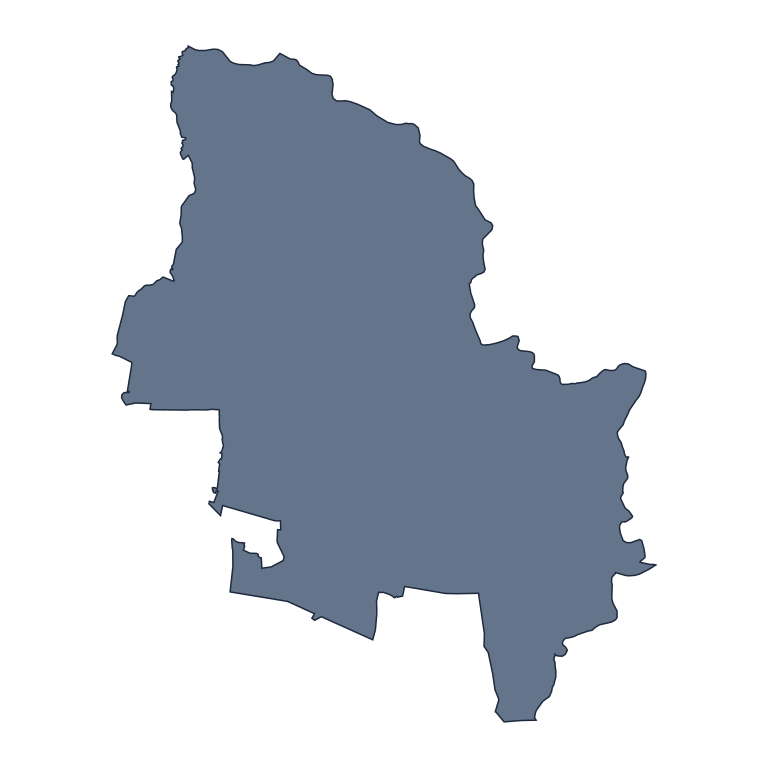 Tonalá, Jalisco, Mexico (orthographic projection)
{"feature_id": "50627088B51379954961865", "entity_name": "Tonalá", "entity_type": "district", "adm_level": 2, "iso_a3": "MEX", "parent_name": "Mexico", "parent_adm1": "Jalisco", "projection": "orthographic", "projection_center": [-103.228, 20.618], "detail": "fine", "context": "isolated", "style": "filled", "palette": "slate", "viewbox_px": 768, "rotation_deg": 0, "n_neighbors": 0, "source": "geoboundaries", "source_scale": "gbopen_adm2", "svg_char_len": 6062}
<svg xmlns="http://www.w3.org/2000/svg" viewBox="0 0 768 768"><path d="M128.7,295.7L125.4,301.5L122.6,315.1L117.3,335.3L117.1,338.1L117.4,342.8L116.8,345.0L112.2,353.8L116.0,355.5L119.0,356.1L131.6,362.3L131.8,364.2L127.3,391.7L129.1,391.5L129.2,392.2L128.6,392.6L126.2,392.4L124.0,392.7L122.1,394.5L121.7,395.9L121.6,397.7L122.8,400.2L126.0,405.0L135.7,403.0L150.9,403.6L150.0,409.3L152.1,409.4L152.1,409.7L186.7,410.1L191.3,409.8L207.2,409.9L211.6,409.3L219.1,409.8L219.5,411.0L219.2,412.1L219.2,415.1L219.6,415.5L219.3,418.6L219.5,427.1L219.7,428.9L222.3,435.4L222.5,437.9L222.1,439.5L223.5,446.4L222.8,447.5L222.2,450.3L221.5,451.5L220.1,452.8L222.0,453.7L221.6,458.8L220.5,458.8L218.2,462.4L219.7,463.7L218.6,471.2L219.4,471.3L217.2,488.8L215.0,487.7L212.4,487.7L212.5,489.7L213.6,492.5L215.6,493.2L216.5,490.6L218.2,491.2L213.8,502.5L209.4,501.3L208.9,503.8L220.5,515.6L222.6,505.5L274.9,520.8L280.5,520.9L280.7,529.9L277.6,529.7L277.1,540.5L277.3,542.6L284.1,556.6L283.3,560.5L271.0,567.0L261.8,568.2L261.3,557.8L260.2,557.8L258.1,556.0L258.2,554.4L256.6,553.4L249.9,553.2L243.5,550.2L244.6,546.4L244.5,545.5L244.1,544.9L244.5,543.0L238.0,542.4L234.8,540.7L233.2,538.8L231.9,538.6L231.7,540.2L232.3,548.4L232.8,550.3L232.9,566.5L230.1,591.9L287.5,601.4L314.5,613.7L311.9,618.2L314.7,620.3L321.3,616.7L372.7,639.8L375.4,629.9L376.7,615.1L376.8,609.3L376.5,601.1L378.7,592.2L381.0,592.5L383.1,592.3L389.5,594.5L391.6,595.6L394.6,597.8L396.7,596.2L397.4,597.2L402.6,596.1L404.6,586.5L445.9,593.5L456.4,593.7L478.5,593.3L484.4,633.6L484.0,646.3L488.2,652.4L492.8,674.3L495.0,689.8L498.9,699.5L495.3,711.7L495.6,711.7L504.1,721.9L521.3,720.5L536.1,720.2L534.7,717.9L534.6,717.0L535.7,711.8L536.9,709.5L542.9,701.2L549.4,696.5L551.5,691.7L552.4,687.2L553.8,684.7L555.8,676.9L555.8,670.3L555.1,666.5L555.0,662.7L554.0,659.8L554.2,657.1L555.0,655.8L555.0,654.3L556.4,655.5L558.3,656.0L562.4,656.2L565.2,654.4L566.7,651.7L567.3,650.1L565.8,647.4L562.6,644.5L562.5,642.4L562.9,641.1L565.3,638.3L569.4,637.7L573.4,636.7L578.0,634.5L586.5,631.6L589.6,630.7L591.9,630.4L595.5,627.2L599.6,624.8L611.6,622.0L615.5,619.8L617.1,617.4L617.0,610.9L613.1,603.5L611.8,598.5L612.2,584.5L611.6,582.4L611.7,578.3L612.3,576.7L615.4,573.5L615.6,572.6L626.1,575.6L629.4,575.8L634.6,575.4L639.3,574.2L649.1,569.2L655.8,565.0L654.3,564.5L649.9,564.4L640.1,562.3L640.5,561.3L644.7,557.8L645.1,556.3L644.0,548.7L641.7,540.6L639.6,539.5L630.7,542.7L626.6,542.6L623.2,540.7L620.5,533.6L619.6,528.7L619.6,525.5L621.6,522.2L623.0,521.7L624.6,522.0L626.4,521.4L630.7,518.7L632.4,517.1L632.5,516.2L629.1,511.3L625.1,508.1L620.6,498.6L621.0,496.6L623.3,492.7L622.7,491.6L622.9,487.3L623.7,483.6L627.6,478.4L627.8,475.5L626.1,471.1L625.6,468.2L627.1,460.3L628.6,457.2L628.0,456.8L626.9,457.3L626.0,456.8L624.7,454.6L623.8,450.4L622.1,446.1L621.3,442.8L618.7,438.7L617.6,435.6L617.3,432.3L618.6,430.2L623.2,424.6L624.7,420.1L627.9,414.0L629.7,409.7L636.0,400.4L638.9,396.7L640.8,392.9L642.8,386.7L644.4,383.0L645.7,377.9L645.9,373.3L645.3,371.0L632.9,366.8L628.5,364.0L625.1,363.5L622.0,364.1L619.5,365.2L618.2,366.5L616.6,368.8L614.7,370.4L609.9,370.5L605.3,369.5L603.5,370.3L600.3,372.8L596.1,377.2L595.0,377.0L592.5,378.0L588.9,380.5L585.2,381.9L579.8,382.8L577.0,383.0L575.0,383.8L572.4,383.4L568.1,384.3L561.8,384.4L560.5,382.9L560.1,381.6L559.9,378.7L559.2,376.5L557.9,374.9L545.8,370.2L536.0,369.5L532.5,368.4L531.9,366.3L534.4,361.7L534.4,355.5L533.8,353.8L532.1,352.5L529.3,351.6L520.5,350.7L518.0,349.3L517.2,346.8L519.2,340.6L517.9,336.5L516.5,336.1L512.6,336.0L509.1,338.3L502.9,341.1L496.0,343.2L489.8,344.6L483.3,345.1L480.7,343.7L480.3,341.1L475.9,331.0L472.5,321.9L470.3,317.7L470.0,313.9L471.7,310.8L474.5,307.6L474.6,304.6L470.8,293.2L469.2,283.9L470.8,282.5L471.4,279.7L473.2,277.8L475.0,276.7L476.5,275.1L481.6,273.3L484.0,271.9L485.1,269.3L483.5,260.9L483.0,255.5L483.7,249.9L482.3,244.1L482.7,239.2L491.9,229.8L492.7,225.8L491.3,223.0L485.1,219.8L478.3,209.2L475.6,205.7L474.1,197.7L473.6,190.1L473.8,184.1L472.1,180.5L469.6,178.3L465.4,175.9L462.2,173.1L458.7,169.1L453.9,161.5L451.1,159.1L440.6,153.1L435.1,150.7L432.1,149.8L423.7,146.4L420.4,143.8L419.4,141.7L420.0,135.4L418.2,127.9L414.2,124.4L411.7,123.6L408.6,123.7L405.8,123.2L402.0,124.4L396.2,124.6L387.7,122.4L376.9,115.9L369.7,109.7L357.5,104.2L350.0,101.6L345.4,100.7L340.0,101.1L336.3,100.8L333.3,98.4L332.0,94.3L333.1,84.1L332.5,81.9L332.4,79.5L330.5,76.3L327.7,75.3L318.7,74.9L316.0,74.6L312.0,73.4L306.6,69.4L299.5,65.2L298.0,61.9L296.5,60.1L294.6,59.3L291.0,59.2L289.5,58.6L279.9,53.4L273.5,60.9L269.3,62.5L265.2,62.8L257.5,65.1L253.7,65.6L250.3,64.9L238.9,64.5L233.3,63.1L230.2,61.4L222.4,51.7L218.1,49.5L213.6,49.1L205.2,50.5L198.9,50.5L195.4,49.8L188.2,46.1L187.9,47.7L186.3,48.7L184.9,50.7L182.4,51.6L182.1,53.2L182.8,55.3L181.1,56.3L178.8,56.8L178.8,57.5L180.1,58.9L179.5,59.6L178.3,60.1L177.8,61.4L179.1,63.0L179.0,63.5L178.0,64.5L178.9,65.6L178.6,66.3L176.8,66.7L176.5,67.3L177.1,69.1L176.3,72.4L174.9,74.8L173.3,75.6L172.5,76.6L172.2,77.9L173.1,78.9L173.0,80.6L171.2,81.7L171.2,84.6L171.7,84.8L171.8,85.5L172.9,86.0L173.8,88.0L173.1,92.4L171.5,91.5L171.8,101.1L170.9,103.4L170.7,105.8L170.9,107.4L172.0,109.6L173.7,111.5L175.4,112.8L176.7,115.2L177.0,122.3L180.3,130.9L180.5,132.6L180.2,133.0L181.8,137.3L184.2,137.5L185.9,138.2L185.8,138.8L184.8,139.8L182.5,140.4L182.6,141.7L181.9,143.1L182.9,144.5L183.0,146.2L181.1,148.5L182.2,149.6L180.8,151.5L180.3,152.9L180.7,154.5L182.8,159.0L183.8,159.2L188.2,155.3L192.2,163.0L192.3,168.0L194.7,177.8L194.1,183.4L195.6,188.9L195.4,191.1L194.5,192.9L193.3,193.8L189.0,195.7L181.8,205.8L181.3,207.2L181.1,215.4L179.8,222.9L180.2,224.9L181.4,227.7L182.3,236.5L182.4,241.2L182.1,242.3L176.3,249.3L173.4,264.3L171.9,266.0L171.8,267.8L172.8,268.6L172.5,269.6L170.6,269.3L170.0,272.2L172.5,276.0L174.2,280.6L173.7,281.2L172.7,280.9L163.3,277.1L162.7,277.2L160.0,279.6L156.7,280.8L153.4,284.3L150.1,285.1L145.8,285.3L144.4,285.9L140.7,289.5L138.8,290.6L136.7,292.7L135.1,295.4L134.3,296.2L128.7,295.7Z" fill="#64748b" stroke="#1e293b" stroke-width="1.5"/></svg>